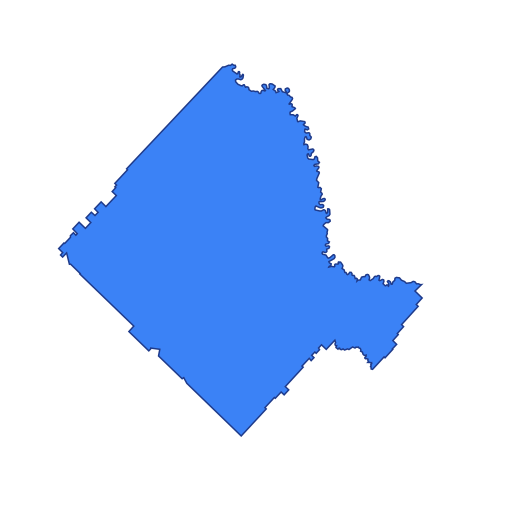 Berrigan, New South Wales, Australia, rotated 215°
{"feature_id": "25037944B79892386490083", "entity_name": "Berrigan", "entity_type": "district", "adm_level": 2, "iso_a3": "AUS", "parent_name": "Australia", "parent_adm1": "New South Wales", "projection": "equal_earth", "projection_center": [145.601, -35.752], "detail": "fine", "context": "isolated", "style": "filled", "palette": "blue", "viewbox_px": 512, "rotation_deg": 215, "n_neighbors": 0, "source": "geoboundaries", "source_scale": "gbopen_adm2", "svg_char_len": 6151}
<svg xmlns="http://www.w3.org/2000/svg" viewBox="0 0 512 512"><g transform="rotate(215 256 256)"><path d="M164.9,100.1L159.9,136.6L161.7,136.9L159.8,150.6L158.6,150.5L157.4,159.0L153.3,158.4L152.4,165.1L157.1,165.8L153.6,192.0L155.2,192.2L153.7,202.7L150.8,201.9L150.2,206.0L153.4,206.6L152.7,211.1L150.9,210.8L150.2,215.7L152.0,216.5L151.4,220.8L144.9,219.8L143.1,232.3L141.1,230.7L141.0,229.7L140.3,228.6L139.0,228.2L138.5,228.7L138.0,226.9L135.4,226.7L135.4,227.7L134.7,228.5L133.5,227.8L132.1,228.4L131.4,229.8L129.5,229.8L127.7,232.4L126.2,232.7L124.7,236.9L122.1,237.4L121.8,238.8L120.9,239.1L120.0,240.1L118.7,239.7L117.5,240.1L116.1,239.1L115.7,238.0L113.7,238.3L112.1,237.0L110.9,236.7L109.7,237.0L108.9,238.0L108.2,236.7L108.6,235.4L108.3,234.8L107.4,234.6L106.6,235.3L105.1,235.7L104.2,234.3L103.1,234.0L103.3,233.0L101.3,234.3L100.5,234.2L100.1,234.9L99.5,234.3L99.6,232.8L98.9,232.3L98.7,231.0L98.0,231.0L96.9,229.5L95.5,230.0L93.2,246.8L91.9,246.6L90.4,258.0L91.0,258.1L90.1,264.3L95.4,265.2L94.4,273.2L95.8,273.5L94.6,282.8L97.4,283.3L94.3,307.8L96.9,308.2L95.8,316.9L105.7,318.5L104.0,327.5L104.7,326.9L107.0,326.4L108.6,325.3L110.9,326.0L112.3,325.6L112.9,325.0L113.7,323.1L117.2,319.9L119.6,320.3L123.0,319.6L125.9,320.4L128.7,319.0L129.4,317.5L128.4,315.6L129.0,313.3L128.3,311.1L129.0,310.4L131.1,311.9L132.7,312.0L133.6,311.6L133.7,310.4L131.6,309.6L130.2,307.7L130.3,307.2L131.3,307.8L132.2,307.5L132.7,306.0L133.3,305.7L136.0,306.2L136.7,308.7L137.8,309.7L139.0,309.3L140.4,306.8L141.4,306.7L142.7,309.9L143.1,310.4L144.0,310.5L144.8,310.0L145.6,308.2L146.6,307.9L147.1,307.1L147.0,304.7L148.4,301.3L149.7,301.3L150.4,303.3L151.4,304.2L153.1,305.1L154.2,304.8L155.1,303.7L154.9,301.6L156.3,300.6L157.4,299.2L156.8,296.2L158.6,294.7L158.9,293.4L159.6,295.0L160.1,295.4L161.0,295.4L161.8,294.4L163.8,296.1L164.6,296.3L165.7,295.5L166.5,295.5L167.2,296.6L168.6,297.2L169.8,296.5L169.9,294.1L170.4,293.2L171.1,293.2L172.7,294.1L173.8,293.5L175.9,295.2L178.3,295.1L179.1,297.7L180.3,298.5L183.2,299.5L185.0,298.4L184.8,297.6L184.4,297.6L184.6,298.3L184.1,297.6L184.2,296.4L186.4,294.9L186.5,293.8L185.6,292.8L185.7,292.0L188.3,290.7L190.0,288.7L190.1,289.3L189.2,291.2L189.9,292.7L192.0,292.5L193.1,293.2L190.5,298.7L190.6,300.3L191.6,301.5L192.7,301.8L193.4,301.4L194.5,297.2L195.5,295.7L196.4,295.7L199.2,296.9L202.5,295.7L203.4,296.1L203.8,297.1L203.5,297.9L201.3,298.5L200.6,299.6L200.6,300.5L202.0,302.1L200.7,304.1L201.0,305.7L201.8,306.0L202.6,305.8L204.1,304.2L205.4,304.6L205.7,305.3L205.5,306.0L203.8,307.9L204.0,309.6L206.2,309.4L207.4,311.5L209.2,311.9L210.1,313.2L210.4,315.1L211.5,316.3L212.1,318.1L212.6,318.7L218.3,319.2L218.6,320.5L217.9,323.4L215.8,324.9L215.2,327.1L216.1,328.0L217.1,327.9L218.7,326.9L220.7,327.3L220.7,328.3L219.3,331.1L219.4,332.6L222.2,336.1L223.4,336.4L224.3,335.7L222.4,333.0L222.5,331.4L223.2,331.4L225.1,332.9L226.4,333.0L227.1,332.7L228.2,330.5L229.5,329.5L233.9,327.7L234.6,328.1L235.7,330.0L235.5,331.4L231.0,332.3L229.7,333.2L228.9,334.5L229.3,335.9L230.0,336.4L231.3,336.2L232.9,334.8L234.4,335.1L235.4,336.3L235.3,337.1L234.1,337.6L231.9,339.5L231.5,340.8L231.6,341.8L232.0,342.3L233.1,342.3L234.0,341.3L235.0,339.2L236.1,339.4L237.1,342.1L237.2,344.6L237.9,345.2L239.7,345.4L241.1,348.6L242.8,348.9L244.0,347.9L244.8,347.8L246.7,352.1L249.8,352.7L250.5,354.1L251.8,360.4L252.7,361.0L254.6,360.3L255.2,360.7L255.1,364.2L255.5,365.0L256.5,365.2L258.3,364.3L259.3,363.1L260.4,363.2L260.6,363.8L260.3,364.9L257.7,367.3L257.8,369.1L260.0,369.3L261.9,371.7L263.7,372.2L264.6,371.2L263.9,368.9L264.4,367.8L268.3,365.7L269.8,365.9L272.0,367.9L272.3,369.0L271.7,369.7L269.5,368.4L268.6,369.0L268.6,370.1L269.5,371.7L268.8,374.4L269.3,376.0L270.8,376.3L273.9,373.1L275.2,373.7L276.0,375.4L277.7,376.6L279.4,376.2L280.6,374.7L281.2,375.3L281.8,377.4L283.5,379.8L284.0,381.6L283.6,382.4L282.9,382.3L281.0,380.9L279.1,381.5L278.3,383.3L278.9,385.1L281.2,385.7L282.0,387.0L282.8,387.4L283.5,387.2L285.4,385.5L287.4,385.6L288.7,387.9L288.3,388.3L286.3,388.7L285.7,390.3L287.2,391.5L289.8,390.6L292.4,390.7L292.6,391.0L292.0,392.7L292.5,393.7L293.2,394.0L297.2,392.1L298.5,390.2L299.0,390.0L301.5,392.2L302.1,395.1L303.0,395.6L303.7,395.2L304.1,393.2L306.6,393.0L309.0,391.4L310.2,392.6L310.5,393.7L309.3,395.6L308.3,399.3L309.3,399.7L312.1,399.0L313.2,400.8L313.8,401.1L314.6,400.9L315.6,399.5L316.1,399.5L316.1,405.0L316.4,406.0L317.4,406.6L319.0,406.1L321.0,406.6L322.5,406.0L323.6,406.7L323.8,407.1L323.0,409.8L323.7,411.0L324.6,411.6L325.6,411.9L326.8,411.5L327.8,409.7L327.2,408.5L325.3,407.8L325.2,406.9L328.6,405.7L331.7,407.3L333.5,406.1L333.9,405.5L333.7,404.3L331.6,403.8L333.2,401.3L334.9,402.3L337.4,402.3L337.2,404.8L337.8,406.2L341.3,406.2L342.8,405.5L343.5,404.8L343.6,403.8L341.8,401.8L341.4,400.8L341.6,400.2L343.3,399.6L344.8,401.3L346.2,402.0L348.1,401.2L348.9,399.9L348.9,399.0L348.3,398.5L343.2,396.9L343.4,396.3L345.2,395.8L346.1,394.9L346.1,393.7L345.5,392.3L345.6,391.7L346.6,391.0L348.4,391.7L349.4,391.6L350.7,390.4L352.9,389.6L354.2,388.3L357.1,388.2L358.2,389.4L359.1,389.8L360.5,389.4L361.5,388.2L363.8,389.5L364.5,389.0L364.9,387.5L366.0,386.9L369.4,386.3L372.6,387.1L373.7,388.3L373.3,389.8L372.2,390.8L369.5,391.7L368.8,393.0L368.8,394.4L370.1,397.0L370.6,397.3L371.1,397.1L371.0,394.2L371.7,393.4L372.1,393.5L372.9,395.2L373.9,395.6L374.8,397.1L375.4,397.4L376.1,396.9L375.6,394.8L376.0,394.2L381.3,394.2L382.3,395.0L382.5,396.0L381.1,397.7L380.9,398.7L381.4,399.7L382.5,400.3L383.6,399.5L385.6,399.5L386.2,397.5L387.8,396.6L390.0,393.1L391.8,391.6L412.0,253.2L410.7,252.9L413.3,234.5L410.9,234.1L411.3,231.7L410.1,231.5L410.8,226.3L405.1,225.4L407.3,210.4L413.9,211.5L415.3,202.1L410.4,201.2L411.1,196.8L416.0,197.4L417.1,189.8L410.5,188.7L411.6,180.8L420.3,182.2L421.6,173.1L415.2,171.8L415.5,169.7L418.9,170.4L419.7,166.2L418.7,164.9L419.9,156.6L420.8,156.5L421.9,148.9L416.3,147.9L416.7,144.7L413.8,144.2L412.9,149.9L404.1,142.2L403.2,143.0L389.9,140.8L390.0,140.2L315.9,128.5L316.8,121.2L289.4,116.8L289.0,119.4L289.4,120.2L281.3,124.4L278.5,118.2L246.1,113.1L245.4,114.9L239.6,112.0L164.9,100.1Z" fill="#3b82f6" stroke="#1e3a8a" stroke-width="1.5"/></g></svg>